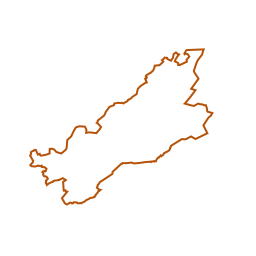 Šķaunes pag., Dagdas, Latvia, rotated 332°
{"feature_id": "27541924B39109314614012", "entity_name": "Šķaunes pag.", "entity_type": "district", "adm_level": 2, "iso_a3": "LVA", "parent_name": "Latvia", "parent_adm1": "Dagdas", "projection": "equal_earth", "projection_center": [27.922, 56.167], "detail": "fine", "context": "isolated", "style": "outline", "palette": "amber", "viewbox_px": 256, "rotation_deg": 332, "n_neighbors": 0, "source": "geoboundaries", "source_scale": "gbopen_adm2", "svg_char_len": 5449}
<svg xmlns="http://www.w3.org/2000/svg" viewBox="0 0 256 256"><g transform="rotate(332 128 128)"><path d="M30.9,103.8L30.8,104.0L30.6,104.3L30.5,104.5L30.4,104.8L30.3,105.0L30.2,105.6L29.4,106.0L28.9,106.2L28.7,106.3L28.6,106.5L28.7,106.8L28.7,107.8L28.7,108.2L28.7,108.4L28.7,108.8L28.7,109.1L28.7,109.3L28.7,109.5L28.7,110.0L28.8,110.8L28.7,112.0L28.8,112.3L28.5,112.4L28.4,112.9L27.8,113.7L27.5,113.8L26.1,114.2L24.6,114.7L24.4,115.4L24.3,115.5L25.0,116.5L27.7,118.3L29.4,118.8L31.0,119.0L31.1,119.3L31.6,119.5L32.4,120.4L32.5,120.5L33.5,120.7L34.1,120.7L34.1,120.8L34.1,121.6L33.7,121.8L33.8,122.2L35.5,123.2L35.8,123.5L36.1,123.7L36.9,125.8L35.6,126.9L35.2,127.4L35.0,127.5L34.6,127.5L34.5,127.4L34.0,126.9L33.9,126.6L32.4,126.4L32.0,126.7L32.2,126.8L32.3,127.0L32.4,127.3L32.1,128.1L31.9,128.5L31.5,128.7L31.2,129.3L31.3,129.5L31.2,129.7L31.2,130.7L31.2,130.8L31.6,131.5L32.4,131.9L32.8,132.4L33.1,132.6L33.2,132.9L33.2,133.2L33.2,133.4L33.4,134.0L33.2,134.5L33.4,135.2L33.3,135.3L32.6,135.4L32.1,135.7L31.0,135.9L30.9,136.0L30.7,136.1L30.7,136.4L30.5,137.3L29.7,137.6L29.6,138.2L29.8,139.2L29.7,139.3L30.0,139.9L30.0,140.0L29.9,140.2L32.1,139.8L35.9,140.0L36.3,140.3L37.0,139.8L38.7,140.1L39.6,140.4L40.6,140.9L41.3,141.0L42.2,141.2L42.5,141.6L43.3,141.5L46.9,141.7L47.4,142.7L48.3,144.2L48.6,144.8L47.9,144.9L45.5,145.0L41.9,152.9L42.0,153.4L43.5,153.6L43.4,154.9L44.4,155.7L38.3,158.3L36.7,159.0L36.9,164.8L37.6,166.0L38.2,166.9L41.3,166.7L41.6,166.7L42.0,166.8L42.6,167.2L42.8,167.5L43.0,168.2L43.9,168.7L44.5,168.2L45.4,168.1L46.0,168.7L46.8,169.0L47.3,169.5L48.1,170.0L48.0,170.4L48.0,170.5L49.1,171.5L49.6,171.5L50.6,171.9L51.4,172.3L51.4,172.5L51.7,172.6L52.0,172.5L52.8,172.4L55.5,172.6L56.5,172.2L57.4,172.1L57.8,172.1L60.3,172.3L60.7,172.1L61.1,172.1L62.0,172.2L62.6,172.3L63.5,172.7L64.2,172.9L65.1,172.9L66.0,172.8L66.3,172.9L66.3,173.0L67.6,172.5L67.9,172.1L68.0,171.8L68.3,171.8L69.5,171.3L69.7,171.2L71.0,170.8L72.0,169.9L73.4,170.1L74.1,169.6L74.5,169.6L73.3,168.4L72.9,167.3L72.7,166.5L72.7,166.3L72.9,166.1L73.0,166.0L72.8,165.9L74.6,164.1L75.8,163.8L77.5,162.6L85.4,161.9L92.7,161.2L93.8,159.5L95.6,159.0L100.7,157.7L105.3,156.4L105.5,156.5L105.8,156.7L106.0,156.8L106.3,156.7L106.7,156.5L108.6,157.5L109.7,158.1L111.3,158.8L113.6,159.7L115.0,160.3L115.3,160.6L116.7,162.1L117.2,162.4L119.5,163.3L122.1,164.4L122.8,164.6L124.8,165.4L126.1,165.7L130.0,167.4L133.1,168.7L132.9,168.9L134.6,169.2L135.2,169.5L135.4,169.5L135.7,170.1L136.1,170.0L137.1,170.5L137.6,169.9L138.5,169.2L140.0,168.6L141.0,168.2L141.3,168.6L144.0,167.6L144.2,168.5L146.6,168.2L147.7,167.3L148.0,167.3L148.2,167.2L148.3,167.3L148.5,167.3L149.0,167.1L149.3,167.1L149.8,167.2L150.0,167.3L150.6,167.2L151.4,167.2L152.0,167.3L152.4,167.2L153.1,167.2L153.7,167.0L154.6,166.7L154.9,166.5L155.0,166.4L155.7,165.4L155.8,165.3L156.3,165.2L156.8,164.9L156.8,164.7L157.5,164.0L159.2,163.8L170.0,163.1L170.4,163.1L170.7,163.3L171.7,163.9L172.5,164.6L174.4,165.1L179.2,165.0L179.7,165.1L182.4,169.4L195.6,169.9L195.8,161.1L204.1,156.5L206.8,156.1L209.5,154.4L205.9,150.9L206.0,149.6L206.7,148.6L207.5,144.4L206.5,143.9L206.0,143.8L205.9,143.7L204.6,141.9L203.8,141.5L203.3,141.1L202.8,140.9L202.4,140.5L202.2,140.2L201.6,139.5L199.5,139.4L196.6,139.5L194.2,137.5L189.6,133.1L190.3,132.9L198.0,129.7L205.3,126.3L202.2,123.1L211.1,118.7L213.4,117.6L212.7,110.3L212.9,108.5L218.6,103.1L221.2,101.0L227.7,98.0L228.0,97.8L230.3,95.4L231.7,94.1L216.5,86.8L215.6,87.0L212.7,88.8L212.6,89.4L212.6,89.5L213.9,89.5L215.4,90.8L215.6,93.8L211.7,95.3L211.1,97.1L203.2,96.7L201.9,95.9L202.8,94.5L202.5,93.7L201.2,91.9L200.6,91.2L202.3,89.7L205.2,88.0L207.6,87.0L206.2,85.2L205.8,83.8L203.0,84.2L201.0,86.7L200.4,87.3L197.5,88.8L195.1,85.3L195.4,84.4L193.4,83.0L191.9,83.8L189.8,84.0L190.2,86.1L185.3,87.3L180.9,85.5L180.7,85.8L179.9,86.7L179.5,87.2L179.4,87.3L179.1,87.5L178.1,88.3L177.4,88.9L177.0,89.1L176.4,89.3L176.0,89.4L175.9,89.3L176.0,89.2L175.4,89.4L174.5,89.8L174.3,89.9L173.8,89.8L173.3,89.9L173.0,89.9L172.7,89.8L172.2,89.9L171.6,89.9L171.3,90.0L171.0,90.0L170.7,90.1L170.0,89.9L169.4,90.0L168.2,90.4L168.0,90.6L168.0,90.8L168.1,91.0L168.0,91.3L167.8,91.4L167.8,91.5L168.4,92.1L168.3,92.3L168.1,92.5L167.8,92.6L167.0,92.7L166.7,92.7L166.3,92.6L166.2,93.1L166.3,93.8L166.2,93.9L166.3,94.2L166.3,94.7L166.1,95.0L165.9,95.1L165.7,95.9L165.6,96.1L166.0,96.6L165.9,96.7L164.7,96.3L160.0,96.7L158.6,96.9L155.6,97.9L155.4,97.9L155.0,98.2L151.4,102.2L151.1,102.2L147.0,102.5L144.2,103.3L143.0,103.2L142.9,103.3L142.7,103.3L142.2,103.4L141.8,103.3L141.7,103.2L141.4,103.2L141.0,103.3L140.7,103.7L140.5,103.8L140.4,103.8L139.9,103.9L139.2,104.1L136.9,104.0L135.8,104.1L135.6,104.2L134.5,102.9L132.7,102.3L131.4,101.2L131.2,101.2L130.3,100.9L127.5,99.9L126.7,100.8L126.4,101.2L124.2,101.0L121.6,100.6L117.1,102.8L115.8,103.5L114.7,104.4L112.8,105.8L106.5,106.9L104.9,107.2L103.8,108.5L102.9,108.8L103.3,109.3L104.1,112.0L104.4,113.3L104.7,114.4L102.2,115.9L97.6,117.7L95.2,116.0L91.7,113.6L88.8,112.6L89.1,112.2L90.5,110.0L90.6,106.6L85.9,103.6L85.0,103.5L82.7,103.0L81.2,103.5L77.4,106.1L73.8,108.8L68.8,110.1L67.0,112.8L66.3,114.0L63.9,117.4L62.2,118.1L61.0,118.4L57.2,119.2L54.3,116.4L53.5,115.5L53.4,115.3L52.8,112.4L52.0,111.5L51.3,110.7L49.1,109.7L47.9,111.7L47.3,112.6L46.8,113.7L42.9,113.1L42.5,112.9L38.5,111.7L38.1,111.5L37.7,110.6L37.9,109.3L36.0,109.2L36.3,104.1L35.1,103.4L34.6,103.8L32.2,103.6L30.9,103.8Z" fill="none" stroke="#b45309" stroke-width="2"/></g></svg>